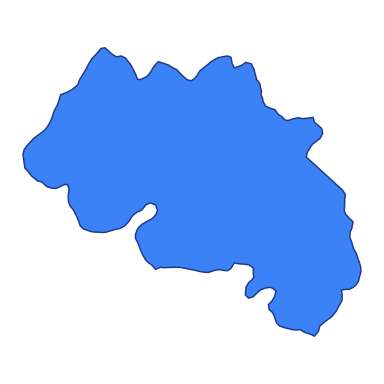 the district of Jardinópolis, São Paulo, Brazil
{"feature_id": "56859067B66949220623796", "entity_name": "Jardinópolis", "entity_type": "district", "adm_level": 2, "iso_a3": "BRA", "parent_name": "Brazil", "parent_adm1": "São Paulo", "projection": "natural_earth1", "projection_center": [-47.828, -21.002], "detail": "fine", "context": "isolated", "style": "filled", "palette": "blue", "viewbox_px": 384, "rotation_deg": 0, "n_neighbors": 0, "source": "geoboundaries", "source_scale": "gbopen_adm2", "svg_char_len": 3006}
<svg xmlns="http://www.w3.org/2000/svg" viewBox="0 0 384 384"><path d="M251.3,63.8L245.6,62.4L241.9,65.2L238.2,66.6L234.3,67.8L232.2,63.8L231.0,57.3L227.9,56.0L222.8,56.7L218.0,57.7L214.0,59.8L211.1,61.7L207.6,64.7L203.4,68.0L199.9,70.8L196.9,75.8L194.1,78.9L191.3,80.7L187.3,79.9L183.3,76.5L180.0,73.2L176.6,69.5L173.1,68.0L168.9,65.2L165.6,64.0L162.5,63.0L158.3,61.7L155.9,64.1L153.1,67.8L150.3,72.7L146.8,76.5L140.9,79.5L137.5,79.4L136.0,75.2L133.5,69.7L130.6,64.6L125.4,58.0L121.2,56.0L116.4,56.9L112.3,54.3L104.9,47.8L100.9,48.5L97.1,53.3L92.0,58.5L88.9,63.6L86.5,68.2L83.9,72.7L81.9,76.2L79.8,79.2L77.7,84.9L71.9,89.7L66.1,92.7L60.7,94.8L57.7,104.3L54.1,111.2L52.4,116.6L50.8,120.7L48.0,125.8L45.1,129.7L41.3,132.9L37.2,135.7L33.7,138.4L26.9,145.8L24.0,150.0L23.0,154.4L23.5,158.6L24.3,164.0L24.9,168.1L27.7,171.0L31.5,175.9L34.3,178.3L37.6,181.0L41.7,181.8L44.7,184.7L47.2,186.8L51.9,188.1L55.9,188.5L60.1,186.6L63.9,184.7L67.6,184.4L69.1,189.3L68.6,192.7L68.2,196.5L68.5,201.8L70.2,206.2L73.3,209.8L76.7,216.5L78.4,220.5L80.2,225.8L83.5,229.0L86.9,230.1L90.9,231.5L94.6,232.1L97.6,232.1L102.3,232.5L105.4,232.3L110.6,230.8L115.4,229.4L119.9,228.5L124.6,226.0L129.5,220.6L131.4,217.2L133.5,214.7L137.1,212.1L141.7,210.2L143.8,207.4L146.3,204.6L150.7,202.8L155.7,205.1L157.5,210.2L155.9,214.5L153.5,217.4L151.0,219.4L147.0,221.4L142.3,224.1L138.9,227.2L137.1,230.0L135.4,234.9L135.6,238.6L137.9,242.9L140.1,248.8L142.7,254.9L145.7,260.0L149.0,263.1L151.8,265.0L155.6,269.4L160.1,267.3L164.4,267.7L168.7,267.4L174.9,267.3L180.8,267.4L186.0,268.5L190.6,269.4L195.0,270.3L200.8,271.7L205.5,272.3L208.6,272.4L211.6,271.3L214.8,270.3L219.3,269.6L224.1,270.5L227.4,270.7L230.8,268.6L234.3,262.9L239.5,263.9L244.5,264.2L248.9,264.8L253.4,268.0L253.3,273.1L253.7,277.4L251.8,280.0L248.7,282.7L245.9,287.5L245.4,294.9L248.5,298.1L253.1,296.8L257.2,292.8L260.5,290.0L265.3,288.1L269.8,287.3L272.8,288.3L276.0,291.1L274.6,296.6L272.2,300.8L268.5,304.5L269.1,309.6L272.0,312.0L273.8,314.9L275.3,319.3L276.6,322.9L279.6,326.0L283.6,327.4L286.6,328.2L289.6,328.9L292.5,329.7L296.2,329.9L300.5,329.7L304.2,332.2L307.9,333.5L310.9,334.3L314.3,336.2L316.7,333.5L318.6,330.9L319.8,326.1L323.1,323.1L327.5,319.8L332.1,316.4L336.0,311.4L339.2,305.6L342.1,300.2L342.1,294.7L341.4,289.9L345.6,289.4L349.5,289.2L352.6,287.7L355.6,285.4L358.5,281.0L359.6,276.3L361.0,271.8L360.6,266.8L359.4,262.5L357.8,258.3L356.5,253.9L353.6,248.7L351.8,242.6L349.8,237.0L350.1,232.1L351.9,228.1L353.0,221.8L349.3,218.2L345.8,214.5L344.3,211.1L344.6,204.8L344.7,199.1L345.4,194.4L342.4,190.0L306.1,156.9L307.6,151.7L310.6,146.8L312.6,144.2L316.1,141.4L320.1,138.4L322.7,133.2L321.6,128.4L317.9,125.2L314.4,122.3L313.1,117.4L309.8,117.9L306.2,118.4L302.0,118.6L298.3,117.7L292.5,119.0L288.2,120.5L285.0,120.1L282.5,117.1L278.0,114.2L275.0,109.7L269.5,108.0L265.5,106.0L263.2,101.6L262.4,98.0L261.0,94.6L261.5,91.2L260.4,87.2L259.7,83.4L256.6,79.4L255.4,75.0L254.1,69.5L251.3,63.8Z" fill="#3b82f6" stroke="#1e3a8a" stroke-width="1.5"/></svg>